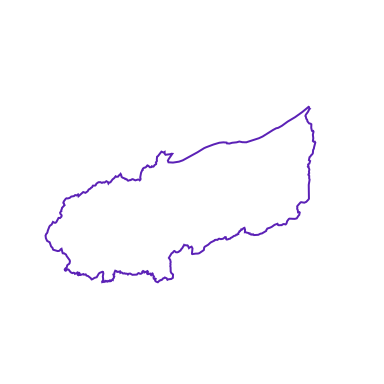 Phookood, Xiangkhoang, Laos, rotated 213°
{"feature_id": "54806243B98354561881715", "entity_name": "Phookood", "entity_type": "district", "adm_level": 2, "iso_a3": "LAO", "parent_name": "Laos", "parent_adm1": "Xiangkhoang", "projection": "equal_earth", "projection_center": [103.008, 19.594], "detail": "fine", "context": "isolated", "style": "outline", "palette": "violet", "viewbox_px": 384, "rotation_deg": 213, "n_neighbors": 0, "source": "geoboundaries", "source_scale": "gbopen_adm2", "svg_char_len": 5972}
<svg xmlns="http://www.w3.org/2000/svg" viewBox="0 0 384 384"><g transform="rotate(213 192 192)"><path d="M228.6,64.0L228.0,64.7L227.0,66.9L225.5,68.6L225.7,72.9L225.3,74.0L223.7,76.3L223.1,76.5L222.0,75.4L220.8,72.6L218.9,70.4L218.5,69.1L218.6,68.0L218.2,67.5L217.2,68.6L216.9,68.6L216.7,69.4L216.3,69.4L216.3,70.0L215.9,69.9L215.6,70.5L215.0,70.5L214.8,71.0L214.2,70.8L213.7,71.7L213.1,71.8L213.0,72.9L212.6,73.3L211.8,72.8L211.4,73.2L211.1,75.0L210.5,75.1L210.9,75.9L210.8,77.2L211.2,78.8L211.6,78.7L211.8,79.1L213.0,80.0L212.5,80.7L213.2,82.4L213.5,84.2L212.3,84.5L211.2,84.2L210.6,84.9L210.0,85.1L209.2,86.2L208.1,85.2L207.7,86.0L207.3,86.2L205.4,86.1L204.3,87.1L203.5,87.1L203.0,87.6L201.8,88.1L200.8,87.9L200.6,88.9L199.5,89.9L196.9,90.1L193.4,92.6L193.1,93.1L193.1,94.0L192.5,95.0L191.1,95.1L190.3,95.6L189.7,97.1L190.3,98.1L190.0,99.1L189.0,99.2L188.1,98.6L186.3,101.4L185.5,101.1L185.5,99.7L185.2,99.1L184.4,99.0L183.9,99.4L183.6,100.1L183.1,100.2L182.5,100.8L181.5,100.1L181.0,100.0L180.9,102.1L180.5,102.1L179.6,101.1L177.8,100.3L177.8,99.5L176.9,98.5L176.4,98.5L175.8,99.3L175.2,99.4L174.9,97.9L174.2,97.4L173.2,97.3L171.5,97.7L171.0,99.8L170.6,100.6L170.2,100.8L170.1,101.4L169.5,101.8L169.1,104.0L168.5,104.6L168.2,105.5L166.2,105.8L164.8,105.0L164.2,106.0L162.1,107.7L161.3,109.6L163.0,112.5L165.0,112.7L166.5,113.6L169.1,117.4L169.7,117.8L170.5,119.5L171.2,120.2L171.7,121.6L173.3,123.2L175.5,124.1L175.7,129.4L175.1,130.7L175.0,132.4L174.5,133.0L172.8,132.7L171.6,133.3L170.6,134.5L170.3,135.9L169.8,136.4L169.8,137.7L169.9,137.9L169.6,139.5L169.8,143.3L169.2,143.2L168.3,144.0L167.5,144.2L166.7,144.8L166.0,144.6L164.0,143.3L163.8,144.1L162.6,145.9L160.9,145.0L158.6,140.5L158.3,140.1L157.9,140.1L155.4,142.3L153.5,143.6L152.6,144.6L150.6,149.4L150.5,149.9L151.5,152.0L151.5,153.0L149.7,156.6L148.9,159.8L146.7,163.5L146.8,164.0L146.1,164.8L144.5,165.8L144.2,167.1L143.8,167.6L142.1,168.2L141.0,169.2L140.3,170.1L139.7,172.2L139.0,172.5L137.8,171.2L137.2,171.0L136.2,171.7L135.9,172.3L134.6,173.7L134.5,174.6L133.6,176.1L133.0,177.8L131.7,179.3L131.6,180.4L130.9,180.8L130.8,181.5L130.3,181.9L130.6,182.3L130.8,183.4L130.6,184.0L130.8,184.9L130.4,185.3L130.5,185.9L130.1,186.8L130.3,187.6L129.5,187.9L129.1,189.7L128.5,190.5L127.0,189.3L125.8,187.2L125.5,187.6L124.6,187.5L122.2,188.4L121.6,188.2L121.2,188.6L121.0,188.3L119.6,188.4L118.9,189.1L118.3,188.9L117.6,189.8L116.6,189.6L113.1,192.2L111.9,194.3L110.8,195.3L108.6,199.7L108.9,200.4L108.9,202.4L106.9,204.9L106.0,206.5L104.9,209.4L103.0,211.9L101.8,211.2L101.3,211.3L98.7,213.1L98.4,214.1L97.5,215.2L95.8,215.8L95.6,217.0L96.3,219.4L96.1,222.1L95.8,222.7L91.2,225.4L89.8,226.9L89.8,229.9L89.6,231.2L90.5,233.5L91.0,233.6L92.0,232.7L93.5,234.5L94.6,235.1L95.3,236.5L95.8,236.9L96.0,237.7L95.3,242.4L94.9,242.9L92.0,244.2L90.8,246.0L90.2,249.3L90.3,250.1L98.0,261.6L100.1,266.4L101.2,267.3L102.5,269.4L103.7,269.8L103.6,270.4L104.0,270.8L104.0,271.7L105.0,272.7L105.8,274.7L106.9,275.7L108.5,276.3L108.3,277.1L109.1,277.6L109.6,278.3L109.1,279.8L109.8,282.3L111.3,282.4L112.4,285.2L112.1,286.2L112.1,287.8L111.7,289.0L111.8,290.4L113.3,293.2L113.4,294.7L114.0,296.0L115.5,300.6L116.5,301.1L117.4,300.4L118.4,300.6L119.6,303.2L121.8,305.8L122.9,308.7L123.6,309.2L124.2,308.6L124.8,308.7L126.9,310.7L128.8,313.8L129.7,313.9L131.1,313.3L133.6,314.1L134.8,315.3L136.1,315.7L137.7,317.3L138.3,317.5L138.6,318.8L138.4,322.7L138.7,324.3L138.6,325.6L138.8,325.5L140.0,326.9L140.6,326.9L143.0,319.3L146.3,310.9L150.1,303.2L152.7,296.4L154.7,292.7L156.1,291.3L157.8,288.2L163.0,277.0L165.2,273.5L173.6,263.2L176.9,261.2L179.8,260.1L181.6,258.0L185.2,255.1L186.9,253.1L189.2,251.8L189.9,252.3L192.8,250.7L195.9,248.2L199.8,243.6L204.6,237.1L205.7,235.4L209.1,228.2L217.0,213.5L219.4,210.4L222.4,207.7L224.0,206.3L227.9,204.1L229.3,205.1L229.5,207.1L229.3,213.3L230.1,212.9L230.8,211.9L234.5,208.8L235.9,209.3L236.8,210.7L237.4,209.6L239.6,209.2L240.1,203.5L240.5,202.6L239.3,200.2L238.3,198.9L238.4,197.2L237.8,196.8L237.3,195.8L238.0,194.3L238.1,192.5L238.5,191.9L239.7,191.7L239.7,190.7L240.8,189.8L242.8,190.2L243.9,190.0L244.0,189.4L243.8,189.1L244.1,188.5L244.2,187.7L244.8,186.7L245.3,186.4L245.9,184.9L245.7,184.4L245.6,184.1L245.4,183.8L245.7,183.6L245.2,180.4L243.4,176.1L242.5,175.3L242.3,174.5L242.0,174.3L242.2,173.3L243.1,173.5L244.0,173.1L245.9,170.9L248.7,170.5L249.5,169.6L249.9,168.6L250.8,167.9L251.6,166.8L252.2,166.6L253.8,167.1L254.9,166.5L255.2,166.8L258.2,166.2L259.4,166.4L260.8,167.8L261.8,168.3L261.9,167.0L262.3,166.2L262.4,164.6L263.6,163.6L264.6,163.6L264.8,161.3L265.5,159.3L265.7,155.7L266.6,154.9L266.7,153.6L267.9,154.5L269.7,154.4L270.5,152.3L271.8,151.7L272.5,150.6L274.3,150.3L275.8,149.2L276.7,146.9L276.5,145.3L276.6,144.8L278.6,143.3L278.4,141.6L279.0,140.5L279.1,139.5L280.0,137.8L279.9,135.8L280.9,133.3L283.2,132.7L284.9,126.6L286.3,127.8L286.9,126.3L288.3,125.8L288.8,124.2L290.8,122.4L291.4,120.4L292.7,118.9L293.8,118.4L294.2,117.6L294.4,114.3L294.0,112.8L293.2,112.7L292.4,111.8L291.7,111.6L292.4,108.0L292.0,107.0L291.7,105.4L291.1,104.8L291.4,104.0L291.3,102.7L290.2,101.9L289.1,101.7L288.4,101.1L288.1,100.1L288.5,98.3L289.8,97.6L289.4,93.0L289.7,91.9L290.7,91.3L292.3,91.2L292.0,88.2L292.7,86.6L292.8,85.4L291.9,81.1L291.3,79.5L291.2,78.4L291.4,77.6L291.1,75.7L289.4,73.7L286.9,72.1L284.0,72.3L280.5,69.6L278.6,69.2L277.4,68.2L276.9,68.0L272.5,69.3L271.5,70.1L271.1,70.8L270.9,72.5L270.5,73.3L267.2,70.3L266.6,70.3L266.0,70.9L263.6,70.9L262.2,70.0L257.5,68.2L256.7,67.5L255.9,65.7L255.9,64.8L256.6,63.2L256.7,62.5L256.0,60.6L256.5,59.1L256.6,57.8L255.9,57.1L255.0,57.2L254.4,59.3L253.2,59.7L250.0,58.6L248.2,58.8L247.2,59.9L246.4,60.0L245.6,59.6L245.0,60.6L243.9,61.0L244.4,61.6L244.3,62.2L243.2,62.4L242.8,62.1L242.4,62.7L242.0,62.5L242.5,62.0L242.4,61.6L243.0,61.5L243.0,60.7L242.6,60.3L242.0,60.3L241.7,60.8L240.5,61.5L238.4,64.0L237.6,63.8L236.3,65.0L235.0,64.4L233.5,64.9L230.0,64.6L228.6,64.0Z" fill="none" stroke="#5b21b6" stroke-width="2"/></g></svg>